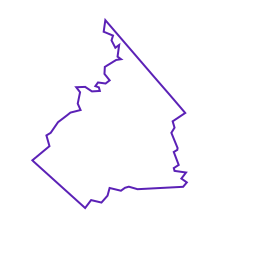 outline of Campbell, Virginia, United States of America, rotated 113°
{"feature_id": "52423323B79148306227906", "entity_name": "Campbell", "entity_type": "district", "adm_level": 2, "iso_a3": "USA", "parent_name": "United States of America", "parent_adm1": "Virginia", "projection": "albers", "projection_center": [-79.136, 37.228], "detail": "fine", "context": "isolated", "style": "outline", "palette": "violet", "viewbox_px": 256, "rotation_deg": 113, "n_neighbors": 0, "source": "geoboundaries", "source_scale": "gbopen_adm2", "svg_char_len": 818}
<svg xmlns="http://www.w3.org/2000/svg" viewBox="0 0 256 256"><g transform="rotate(113 128 128)"><path d="M195.1,203.4L195.8,201.7L218.4,136.2L208.8,133.8L207.0,123.3L198.3,120.4L190.4,121.5L188.5,110.0L184.2,107.4L181.7,104.3L180.6,95.3L160.6,54.3L155.1,52.6L153.7,59.1L146.3,57.2L149.3,68.4L147.0,70.2L142.2,66.9L132.2,76.5L128.9,74.1L127.1,74.5L115.5,86.2L109.5,85.3L104.4,89.5L91.8,81.2L81.1,102.7L70.6,124.2L37.6,191.0L48.9,188.0L48.8,177.9L53.8,177.4L59.1,171.0L55.0,168.6L66.4,165.5L67.4,161.3L70.0,165.5L80.8,173.2L87.4,170.8L91.3,163.5L95.8,166.0L97.8,173.4L102.2,174.4L102.0,170.7L104.9,168.4L108.4,175.5L106.9,183.5L110.7,191.6L113.8,186.1L125.2,183.8L130.0,178.7L136.3,187.0L140.2,189.1L150.0,194.7L162.7,197.3L166.7,200.2L175.4,193.2L195.1,203.4Z" fill="none" stroke="#5b21b6" stroke-width="2"/></g></svg>